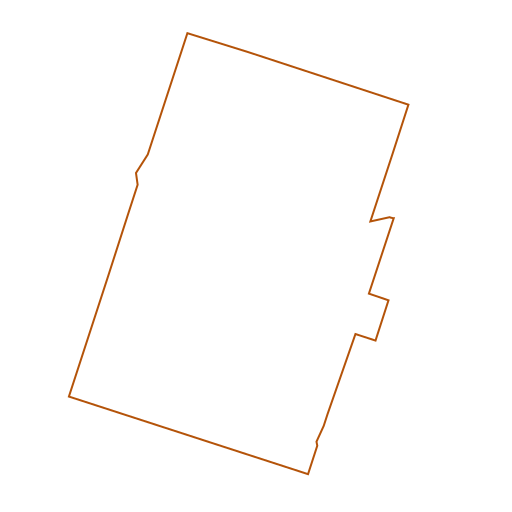 Dickinson, Kansas, United States of America, rotated 18°
{"feature_id": "52423323B35646510903137", "entity_name": "Dickinson", "entity_type": "district", "adm_level": 2, "iso_a3": "USA", "parent_name": "United States of America", "parent_adm1": "Kansas", "projection": "mercator", "projection_center": [-97.074, 38.871], "detail": "fine", "context": "isolated", "style": "outline", "palette": "amber", "viewbox_px": 512, "rotation_deg": 18, "n_neighbors": 0, "source": "geoboundaries", "source_scale": "gbopen_adm2", "svg_char_len": 486}
<svg xmlns="http://www.w3.org/2000/svg" viewBox="0 0 512 512"><g transform="rotate(18 256 256)"><path d="M121.5,447.5L372.9,447.4L372.9,426.3L372.9,417.5L370.9,413.9L372.9,396.6L372.9,384.3L374.7,299.5L395.8,299.5L395.7,257.2L375.0,256.9L375.3,177.5L374.7,177.7L372.9,177.8L372.5,177.9L371.1,177.8L354.1,187.8L354.3,118.2L354.2,65.0L185.5,64.5L121.9,65.3L121.7,192.9L116.2,214.1L121.4,224.8L121.4,256.6L121.6,320.5L121.5,447.5Z" fill="none" stroke="#b45309" stroke-width="2"/></g></svg>